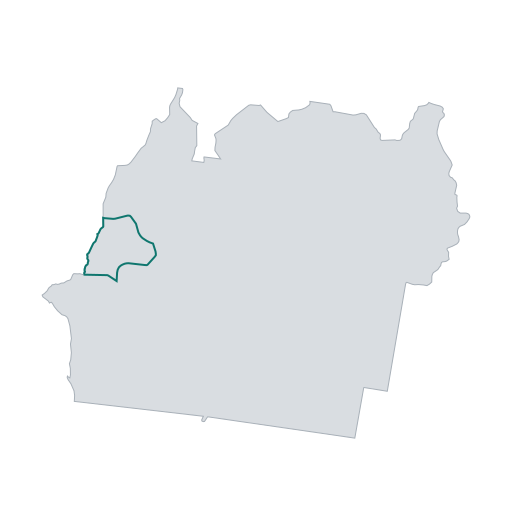 Kassala highlighted on a map of Sudan, rotated 186°
{"feature_id": "SDN-884", "entity_name": "Kassala", "entity_type": "State", "adm_level": 1, "iso_a3": "SDN", "parent_name": "Sudan", "parent_adm1": "", "projection": "orthographic", "projection_center": [36.251, 15.89], "detail": "fine", "context": "in_parent", "style": "outline", "palette": "teal", "viewbox_px": 512, "rotation_deg": 186, "n_neighbors": 0, "source": "natural_earth", "source_scale": "10m", "svg_char_len": 4886}
<svg xmlns="http://www.w3.org/2000/svg" viewBox="0 0 512 512"><g transform="rotate(186 256 256)"><path d="M351.4,415.0L346.6,414.9L346.1,413.8L346.2,410.7L346.8,408.4L348.5,404.7L348.1,402.7L348.4,399.8L347.2,396.5L335.9,386.9L333.7,384.2L327.6,381.7L328.7,379.1L326.4,359.6L327.7,357.4L328.0,354.0L328.1,351.0L329.6,346.0L329.8,343.9L317.7,343.6L317.5,345.7L318.1,348.1L318.0,349.1L301.3,348.8L307.9,356.6L308.1,359.9L307.7,364.1L307.8,366.8L308.1,368.5L309.9,372.0L309.8,372.6L309.3,373.4L297.3,383.3L295.2,388.0L293.6,390.4L290.1,394.5L279.0,405.1L277.2,405.8L268.9,406.0L268.1,406.2L267.5,406.7L267.1,406.5L260.1,400.0L248.3,392.0L240.4,395.7L238.2,397.1L238.1,400.8L236.9,402.7L234.7,404.6L228.8,405.7L225.8,406.7L222.1,408.7L218.5,412.0L218.2,413.8L218.6,415.4L198.5,414.6L197.2,413.3L194.4,407.5L192.4,407.7L174.2,406.3L171.5,406.8L166.3,408.9L163.6,409.1L161.0,407.9L151.7,396.2L149.7,394.8L147.6,392.0L145.6,390.7L145.0,389.8L144.8,388.6L144.9,386.1L144.3,384.5L142.8,384.1L129.9,386.0L128.1,385.6L125.4,386.0L124.5,386.4L123.4,387.8L123.1,390.9L122.7,392.4L121.6,394.1L117.9,397.7L117.0,399.3L117.0,403.5L116.7,405.6L116.1,406.6L114.5,408.1L113.9,409.0L113.1,414.4L111.0,417.5L110.5,418.6L110.3,421.0L109.9,421.7L104.1,423.2L101.9,424.3L100.5,426.0L100.2,426.8L97.7,426.0L94.6,425.3L88.5,424.4L86.2,423.4L85.1,422.0L85.6,418.8L85.0,418.1L84.0,417.4L83.4,416.0L83.6,414.3L86.9,410.7L87.7,408.7L88.9,399.3L88.7,396.4L86.4,390.9L81.0,381.4L79.7,379.5L72.8,371.5L72.0,370.4L70.4,367.0L72.6,360.2L72.9,358.3L72.4,356.2L70.7,354.6L69.1,354.3L67.1,352.3L65.7,351.4L64.6,349.7L63.8,347.3L64.8,339.1L64.5,338.0L62.7,337.5L62.3,336.9L62.4,335.3L61.7,330.6L60.8,326.6L61.5,324.5L60.1,321.5L57.3,320.0L51.5,320.6L49.8,320.3L48.6,319.7L47.8,318.5L47.4,317.2L47.9,315.4L49.7,312.0L51.9,309.2L56.1,306.9L57.3,305.6L58.0,304.1L58.2,302.3L58.1,300.4L57.7,298.6L56.6,296.3L55.7,293.5L55.8,291.7L56.4,290.5L57.5,289.0L61.8,286.2L66.1,284.0L66.8,283.1L66.6,282.1L64.8,279.8L64.5,275.8L63.6,272.9L65.8,270.9L67.4,270.2L69.9,269.7L70.9,268.9L71.2,267.2L71.3,265.6L72.2,264.5L73.5,261.9L74.5,260.8L77.9,258.0L78.7,256.1L79.0,254.2L78.5,248.5L80.5,246.2L82.9,244.4L86.3,244.7L91.5,244.6L95.1,244.0L97.6,244.2L103.3,245.6L103.9,245.2L104.3,243.7L111.3,135.2L134.8,136.5L135.1,136.3L138.7,85.2L286.2,91.0L287.4,90.9L289.9,86.1L290.9,85.8L292.4,86.1L292.9,87.2L291.6,91.1L421.5,92.4L421.8,98.2L422.9,102.9L426.7,109.6L429.8,113.2L431.0,115.2L431.1,116.1L430.9,116.9L430.0,116.0L428.4,115.3L428.1,118.4L428.9,124.9L430.3,129.4L429.4,133.5L429.5,140.6L431.3,149.0L430.9,154.5L433.8,167.1L436.5,174.1L438.0,175.8L439.7,176.7L442.8,177.3L447.6,180.8L451.3,184.5L452.7,186.5L454.5,188.6L455.7,188.2L456.5,187.6L457.7,189.4L463.7,193.1L464.6,194.8L462.5,196.6L460.0,199.6L458.9,202.3L458.2,203.2L456.3,204.9L456.0,205.8L455.1,206.3L454.2,206.3L452.2,207.3L450.4,207.0L448.5,207.6L447.8,208.2L446.4,208.8L444.4,209.1L441.3,211.5L438.6,212.6L437.7,213.6L436.3,218.2L435.3,219.4L431.3,219.6L429.4,220.0L426.7,219.5L425.4,219.5L425.1,220.5L424.6,224.5L424.7,226.2L422.4,230.7L423.1,239.2L421.0,245.6L420.6,247.0L418.5,252.1L417.3,253.9L414.5,263.4L413.4,266.2L411.1,269.3L413.5,291.9L411.5,298.8L411.6,302.6L410.2,308.1L409.1,310.7L407.3,313.8L405.7,317.3L404.4,321.9L403.5,330.6L403.1,331.3L395.9,332.4L393.6,333.0L392.1,334.0L390.2,336.2L386.5,342.3L384.5,346.0L381.5,351.1L377.9,354.7L377.2,356.5L376.6,359.7L375.2,364.9L374.0,368.6L374.2,371.5L373.1,376.7L373.3,379.2L372.0,380.5L370.3,381.9L369.2,382.2L364.1,378.7L360.6,381.0L358.3,384.3L356.6,387.7L357.5,394.8L357.4,396.4L356.9,398.0L353.5,405.0L352.5,408.1L351.4,413.7L351.4,415.0Z" fill="#d9dde1" stroke="#a8b0b8" stroke-width="1"/><path d="M423.4,235.6L423.6,236.1L423.6,236.5L423.5,237.0L423.5,237.5L423.6,238.1L424.0,239.1L424.1,239.7L423.9,240.3L422.8,241.4L422.4,242.1L421.6,244.5L420.5,247.7L419.3,251.1L418.7,252.2L417.4,253.5L417.1,254.0L415.8,259.0L415.7,260.1L416.1,261.2L415.3,261.7L414.8,262.5L413.5,266.3L413.1,267.0L411.2,268.8L411.0,269.3L411.0,269.8L411.3,272.3L411.8,276.6L412.0,278.0L410.5,277.8L401.9,278.0L399.9,278.4L388.2,282.7L386.8,282.9L385.6,282.8L384.4,281.9L378.7,275.5L375.4,267.1L374.9,266.4L373.6,264.6L372.7,263.6L371.6,262.6L370.3,261.7L366.2,259.6L363.3,258.5L359.7,257.6L356.4,250.0L355.8,247.6L355.7,246.2L356.8,244.4L363.0,235.9L363.8,235.5L365.1,235.4L382.0,235.5L383.9,235.2L385.8,234.6L388.0,233.4L389.5,232.3L391.1,230.5L392.1,227.9L392.4,224.9L392.0,216.5L400.8,221.1L401.5,221.3L402.0,221.4L424.5,219.5L424.5,219.9L425.0,220.6L425.1,221.1L425.0,221.6L424.4,222.4L424.5,222.7L424.7,223.0L425.0,223.3L425.0,223.6L425.0,224.6L425.2,225.0L425.0,225.4L424.9,225.6L424.8,227.1L424.2,228.7L424.0,229.0L423.2,229.6L422.8,229.9L422.6,230.4L422.5,230.9L422.6,231.7L422.5,232.2L422.2,233.3L422.2,233.6L422.3,234.2L422.7,234.7L423.1,235.1L423.4,235.6L423.4,235.6Z" fill="none" stroke="#0f766e" stroke-width="2"/></g></svg>